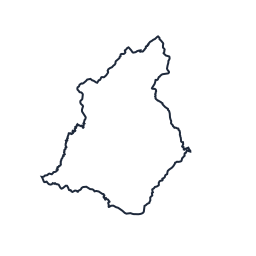 Chiang Muan, Phayao, Thailand, rotated 305°
{"feature_id": "78962969B85526805551383", "entity_name": "Chiang Muan", "entity_type": "district", "adm_level": 2, "iso_a3": "THA", "parent_name": "Thailand", "parent_adm1": "Phayao", "projection": "mercator", "projection_center": [100.288, 18.938], "detail": "fine", "context": "isolated", "style": "outline", "palette": "slate", "viewbox_px": 256, "rotation_deg": 305, "n_neighbors": 0, "source": "geoboundaries", "source_scale": "gbopen_adm2", "svg_char_len": 5719}
<svg xmlns="http://www.w3.org/2000/svg" viewBox="0 0 256 256"><g transform="rotate(305 128 128)"><path d="M218.6,104.6L218.8,102.9L219.8,102.2L220.2,100.7L220.3,100.1L219.9,99.8L216.3,99.0L214.8,98.1L212.9,97.5L211.3,96.7L209.4,96.5L208.8,96.6L208.6,96.8L208.3,96.8L208.0,96.5L207.6,96.8L207.3,96.5L206.2,96.8L205.7,96.2L205.1,96.0L204.7,96.0L203.9,96.7L202.6,96.5L201.5,96.6L200.7,96.4L199.5,96.4L198.7,95.8L198.6,95.1L197.5,94.3L197.6,94.1L197.9,94.0L197.7,93.5L198.0,93.2L198.3,93.2L197.3,92.2L196.0,91.3L194.8,90.9L194.1,90.4L192.7,89.0L192.7,88.1L193.5,86.0L194.3,82.6L194.3,82.1L193.6,81.8L192.6,81.4L191.4,81.5L189.8,80.9L189.4,81.1L188.7,82.3L188.4,82.5L187.6,82.5L186.7,82.3L186.1,81.9L185.2,80.5L184.6,80.0L184.1,79.8L183.2,80.1L182.8,80.6L182.4,80.8L181.5,80.4L180.3,80.9L175.7,79.7L174.8,80.0L173.7,80.7L172.2,80.8L170.9,80.3L168.6,80.0L166.8,78.9L164.9,78.2L163.2,78.5L162.6,79.5L161.9,79.9L158.6,79.9L156.0,79.3L155.4,78.7L155.2,78.1L154.7,77.4L154.4,77.1L153.9,77.1L151.5,77.5L150.8,77.2L150.3,76.6L148.3,76.8L147.4,76.8L147.1,75.9L147.0,72.8L146.5,71.2L146.7,69.1L144.3,66.8L142.4,66.6L139.3,65.8L138.3,65.3L137.8,64.3L135.7,63.5L133.9,64.0L132.5,63.4L131.5,63.7L130.9,64.2L130.5,64.6L130.1,66.5L129.6,67.7L129.7,68.1L130.3,69.2L130.3,69.8L130.0,71.1L129.5,71.8L125.6,73.9L124.8,73.9L122.9,73.5L121.9,74.0L120.9,75.2L120.6,76.2L120.5,77.9L120.0,78.7L116.8,79.7L115.7,80.4L115.1,81.0L112.7,86.9L112.4,87.3L111.3,87.8L110.4,88.0L109.8,87.8L108.3,88.3L108.0,88.5L107.3,88.8L106.7,88.8L106.6,89.4L106.3,89.1L106.0,89.0L105.2,90.0L104.3,90.2L104.2,90.4L103.8,90.6L102.9,90.7L102.8,91.2L102.4,91.1L102.4,90.7L103.2,89.9L103.4,88.9L103.2,88.5L102.5,88.3L102.2,86.7L102.2,85.6L102.1,85.3L101.8,85.3L102.0,84.4L101.0,84.4L100.0,84.9L98.5,84.2L98.3,84.4L98.5,85.1L98.4,85.4L98.2,85.4L97.6,84.9L96.7,84.9L95.6,86.4L95.1,86.4L94.2,85.9L93.6,85.8L93.9,85.3L94.6,85.3L94.1,84.3L92.8,84.8L92.1,85.8L90.7,85.3L90.5,85.0L90.6,83.8L90.1,83.5L89.9,82.6L89.7,82.5L88.0,83.2L86.2,83.6L85.1,84.5L84.5,84.1L83.0,85.4L82.6,85.2L82.5,84.5L82.1,84.3L81.4,85.5L80.8,85.4L79.8,86.0L79.2,86.0L77.8,87.0L77.0,88.6L76.5,88.6L76.0,88.1L75.5,88.3L74.6,88.9L73.6,88.5L73.3,88.5L72.1,89.6L71.5,89.4L71.1,89.7L70.2,91.3L69.8,91.2L68.8,90.6L68.2,91.2L67.9,90.8L65.9,91.4L64.1,91.4L63.0,92.0L62.1,92.0L61.5,92.6L60.6,92.9L59.9,93.8L58.6,94.1L58.3,94.0L57.4,93.3L56.9,93.5L56.2,93.4L55.7,92.8L55.3,92.7L54.5,93.3L54.0,93.3L54.2,93.6L53.8,93.9L53.8,94.1L53.2,94.1L52.8,94.5L51.7,94.0L51.1,94.0L50.1,93.4L49.1,92.3L48.3,92.4L46.4,92.1L45.5,89.7L44.7,89.2L43.2,89.0L42.0,87.9L41.6,87.3L40.1,87.0L38.8,86.0L38.5,85.4L38.0,86.5L35.9,89.7L35.7,90.5L36.4,91.4L37.3,91.9L37.4,92.1L36.8,94.1L36.6,95.4L37.1,96.8L38.1,97.8L39.7,98.0L40.0,99.6L40.8,99.7L41.0,100.0L40.8,101.4L41.4,102.3L41.8,103.8L40.4,106.6L40.1,108.1L40.2,108.4L41.4,109.1L45.0,110.1L45.7,111.2L44.9,113.0L43.4,115.2L43.5,115.8L44.2,116.6L44.2,116.8L43.6,118.0L43.8,119.2L46.4,120.5L47.0,121.8L47.1,122.3L46.8,123.1L47.0,123.5L48.2,123.4L49.4,124.1L50.7,124.6L52.2,124.4L52.8,124.6L53.9,125.1L56.0,127.6L56.2,132.0L57.3,133.9L57.5,135.2L56.9,136.9L58.2,138.1L59.2,140.4L59.3,144.8L59.8,145.8L59.3,146.4L59.4,147.0L59.3,147.3L58.3,147.6L57.5,147.5L57.1,148.1L57.2,148.9L56.8,149.5L57.1,149.5L57.0,149.8L57.4,149.6L58.0,150.1L57.5,151.5L57.9,152.8L57.3,154.1L57.2,155.0L56.8,155.2L55.9,154.7L55.4,154.7L55.1,154.9L53.9,156.4L52.5,157.2L52.3,157.5L52.5,157.8L54.7,158.8L56.0,160.6L56.3,163.8L56.9,165.3L57.0,167.1L57.0,171.0L56.6,174.0L56.9,175.8L59.7,178.9L60.2,180.8L60.7,182.0L63.5,186.2L65.0,187.7L66.0,188.4L66.7,188.8L67.9,189.0L68.6,188.9L73.7,186.2L74.8,186.8L76.9,187.3L78.9,188.4L79.6,188.1L81.5,187.8L83.8,186.1L84.6,186.1L86.6,186.6L88.4,184.9L89.6,185.3L90.3,184.2L91.6,183.1L93.4,183.8L95.2,183.9L96.5,185.1L98.6,186.0L99.1,185.9L100.6,184.7L102.3,184.4L103.3,184.8L104.6,186.1L105.1,186.2L105.5,186.1L105.9,185.3L106.2,185.2L107.6,186.0L108.7,186.3L110.5,185.7L111.0,185.7L112.7,186.5L114.5,185.6L115.7,185.2L117.6,185.6L120.6,186.7L122.6,187.0L125.3,186.9L126.6,186.5L127.5,187.1L128.4,187.4L128.7,187.8L128.9,188.4L130.2,189.8L131.0,190.4L131.5,190.6L131.9,190.6L134.3,189.7L135.8,190.0L136.7,190.0L137.7,190.3L139.0,189.3L139.7,189.0L140.0,189.0L140.6,189.5L141.1,189.6L143.5,189.1L143.7,189.3L143.8,190.8L144.4,192.6L144.7,192.4L145.0,192.2L145.7,190.1L146.5,188.7L144.0,187.0L142.6,186.7L142.4,186.0L143.3,185.4L143.6,184.8L144.2,184.5L144.2,184.1L143.8,183.5L143.9,183.0L144.7,182.8L146.2,182.6L147.5,181.6L147.9,181.2L147.4,180.5L147.4,179.3L150.3,176.8L151.0,175.7L151.8,175.1L152.1,174.4L153.8,173.4L155.3,171.8L155.5,170.8L155.5,170.4L156.2,169.8L156.4,169.5L155.8,168.1L155.7,166.9L154.9,166.1L154.8,165.8L155.2,165.1L155.3,163.8L155.9,163.2L156.3,161.3L156.7,160.4L158.0,159.7L158.7,159.1L159.4,157.9L160.8,156.3L163.8,153.9L165.5,151.9L165.8,150.3L166.6,149.7L166.5,148.6L166.5,146.2L167.2,142.8L167.4,142.5L168.0,142.2L168.1,141.9L167.9,140.8L168.1,139.9L167.8,138.4L167.9,137.3L167.5,136.6L167.7,135.4L167.8,134.1L168.1,133.5L169.1,132.9L169.4,132.1L170.3,132.0L170.8,131.7L171.3,130.8L172.5,130.7L173.3,130.1L174.2,130.0L175.1,129.2L175.4,128.5L175.4,127.5L174.3,125.8L174.1,125.3L174.3,124.8L174.9,124.7L179.4,124.5L182.1,123.6L183.0,123.0L183.3,123.1L184.1,124.3L184.5,124.5L185.3,124.5L187.4,124.0L188.2,124.5L189.4,124.5L191.3,125.1L191.9,125.5L195.7,129.5L196.3,129.7L197.0,129.7L197.7,129.1L198.1,127.5L198.6,126.5L199.0,125.9L201.8,124.6L204.4,123.7L206.2,122.6L207.9,122.5L208.8,122.2L209.9,121.3L210.2,120.8L210.1,120.3L209.1,117.5L209.6,114.3L210.0,114.1L211.2,114.1L212.1,113.4L213.0,113.2L213.3,113.0L213.6,112.5L213.9,110.8L214.1,110.4L215.8,109.2L217.2,108.6L217.7,107.9L218.6,104.6Z" fill="none" stroke="#1e293b" stroke-width="2"/></g></svg>